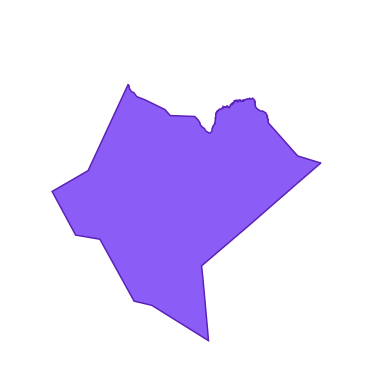 Kapoeta East, Eastern Equatoria, South Sudan, rotated 319°
{"feature_id": "79223893B62671962917549", "entity_name": "Kapoeta East", "entity_type": "district", "adm_level": 2, "iso_a3": "SSD", "parent_name": "South Sudan", "parent_adm1": "Eastern Equatoria", "projection": "equal_earth", "projection_center": [35.583, 5.094], "detail": "fine", "context": "isolated", "style": "filled", "palette": "violet", "viewbox_px": 384, "rotation_deg": 319, "n_neighbors": 0, "source": "geoboundaries", "source_scale": "gbopen_adm2", "svg_char_len": 5519}
<svg xmlns="http://www.w3.org/2000/svg" viewBox="0 0 384 384"><g transform="rotate(319 192 192)"><path d="M87.3,251.1L106.9,315.0L112.2,307.8L143.9,263.9L150.8,254.0L213.8,254.6L249.4,254.5L275.7,254.5L308.0,254.6L308.1,254.1L307.7,253.9L295.4,234.1L295.0,193.4L294.9,190.0L295.0,189.9L295.3,189.6L295.4,189.4L295.5,189.2L295.4,189.2L295.5,189.0L295.7,188.9L295.9,188.7L296.0,188.3L296.1,188.1L296.5,188.1L296.7,187.9L296.9,187.7L296.9,187.3L296.9,187.0L297.2,186.9L297.2,186.6L297.3,186.4L297.4,186.2L297.4,185.9L297.5,185.9L297.5,185.6L297.6,185.2L297.8,185.1L297.9,184.9L298.0,184.8L298.0,184.6L298.0,184.4L298.3,184.3L298.4,184.5L298.6,184.5L298.7,184.3L298.8,183.9L298.8,183.5L299.0,183.1L299.0,182.6L299.0,182.2L299.4,181.7L299.5,181.4L299.5,181.2L299.3,180.9L299.3,180.6L299.5,180.3L299.4,180.1L299.2,180.0L299.1,179.7L299.1,179.3L299.0,178.9L298.9,178.4L298.6,177.9L298.5,177.3L298.2,176.9L297.7,176.7L297.2,176.4L296.9,176.0L296.7,175.3L296.4,174.2L296.3,173.5L296.1,173.3L295.9,173.0L295.8,172.7L295.8,172.3L295.7,172.0L295.7,171.6L295.7,171.2L295.7,170.9L295.8,170.5L295.9,170.1L295.9,169.9L295.9,169.6L295.9,169.1L296.1,168.9L296.3,168.7L296.5,168.5L296.6,168.0L296.9,167.8L297.0,167.6L297.2,167.3L297.1,167.2L297.3,167.0L297.6,166.9L297.8,166.8L297.8,166.5L297.9,166.2L298.1,166.1L298.1,165.9L298.4,165.7L298.4,165.4L298.9,165.4L299.0,165.1L298.9,164.8L298.9,164.5L299.2,164.3L299.2,164.1L299.3,163.9L299.5,163.8L299.4,163.3L299.4,163.0L299.5,162.8L299.3,162.3L299.3,161.8L299.3,161.4L299.3,161.2L299.0,161.3L298.9,161.1L298.7,161.0L298.5,160.8L298.3,160.7L298.1,160.7L297.9,160.7L297.6,160.6L297.3,160.3L297.2,160.1L297.1,159.9L297.1,159.4L297.1,159.1L296.8,159.0L296.4,158.9L296.2,158.9L295.8,159.0L295.4,159.0L295.1,158.6L295.0,158.3L294.8,158.0L294.5,158.0L294.5,157.8L294.3,157.7L293.9,157.6L293.6,157.5L292.6,157.5L292.5,157.2L292.2,157.2L291.8,156.7L291.5,156.4L291.3,156.3L291.0,156.4L290.7,156.3L290.7,156.1L290.4,156.0L290.3,156.3L290.3,156.6L290.5,156.8L290.6,157.0L290.4,157.2L290.2,156.9L289.9,156.9L289.6,156.6L289.1,156.3L289.1,156.0L288.8,155.7L288.6,155.6L288.6,155.4L288.8,155.3L288.7,155.1L288.4,155.1L288.4,154.9L288.5,154.6L288.8,154.5L288.8,154.2L288.5,154.2L288.3,153.9L288.2,153.7L288.0,153.9L288.0,154.1L287.8,154.1L287.8,153.7L287.6,153.6L287.3,153.6L287.2,153.4L287.0,153.2L286.7,153.2L286.6,153.6L286.2,153.9L286.1,153.7L286.2,153.4L286.2,153.2L285.7,154.0L285.5,153.9L285.8,153.2L285.7,152.9L285.6,152.7L285.7,152.4L285.7,152.2L285.3,152.1L285.2,152.3L284.9,152.2L285.0,151.9L285.0,151.7L284.8,151.7L284.4,151.9L284.3,151.6L284.4,151.4L284.4,151.1L284.2,151.0L284.1,151.3L284.1,151.6L283.8,151.8L283.6,151.8L283.4,151.6L283.3,151.3L283.2,151.4L283.0,151.6L282.6,151.6L282.4,151.7L282.3,152.0L282.0,151.8L281.8,151.7L281.8,151.9L281.8,152.2L281.6,152.2L281.4,152.0L281.4,151.7L281.2,151.8L280.9,152.0L280.8,152.3L280.5,152.3L280.3,152.1L279.8,152.0L279.7,152.3L279.4,152.3L279.2,152.1L278.9,151.8L278.7,151.6L279.0,151.4L278.9,151.4L278.3,151.4L278.1,151.7L277.8,151.8L277.5,151.8L277.2,152.3L277.0,152.2L276.8,152.2L276.5,152.6L276.3,152.7L276.0,152.8L275.9,152.7L275.7,152.8L275.1,152.4L275.2,152.1L275.3,151.8L275.2,151.6L275.2,151.3L275.0,151.0L275.1,150.8L275.0,150.6L275.1,150.4L275.1,150.1L274.8,149.9L274.4,149.9L274.2,150.0L274.1,149.9L273.8,150.0L273.9,150.3L273.8,150.5L273.6,150.5L273.5,150.4L273.4,150.4L273.2,150.5L273.0,150.3L272.9,149.9L272.7,149.7L272.3,149.5L272.3,149.1L272.5,149.1L272.3,148.8L272.0,148.7L271.8,148.5L271.8,148.2L271.7,148.0L271.5,148.4L271.3,148.5L271.1,148.6L270.8,148.6L270.7,148.8L270.6,148.7L270.6,148.3L270.3,148.3L270.4,148.6L270.2,148.6L269.9,148.7L270.0,148.9L269.8,148.9L269.6,148.7L269.4,148.7L269.1,148.6L269.0,148.8L268.8,148.8L268.7,148.6L268.2,148.4L267.8,148.2L267.7,147.9L267.5,147.7L267.3,147.5L267.0,147.5L266.9,147.6L266.6,147.7L266.3,147.5L266.2,147.6L265.8,147.6L265.6,147.8L265.4,148.1L265.2,148.1L264.9,147.9L264.8,147.5L264.5,147.4L264.3,147.4L264.2,147.4L263.9,147.4L263.7,147.4L263.7,147.7L263.4,147.9L263.2,148.2L262.7,148.1L262.2,148.0L261.9,148.1L261.8,148.4L261.6,148.4L261.4,148.5L261.2,148.8L261.0,149.1L260.7,149.1L260.3,149.6L260.0,149.9L259.8,150.2L259.5,150.6L259.2,150.7L259.1,151.0L258.7,151.1L258.7,151.4L258.5,151.7L258.2,151.8L258.1,151.5L257.9,151.5L257.7,151.9L257.5,152.2L257.3,152.7L257.1,152.8L256.7,153.0L256.4,153.3L256.2,153.6L255.7,154.0L255.3,154.3L255.1,154.5L254.6,154.5L254.4,154.7L254.4,154.9L254.2,155.1L254.3,155.4L254.0,155.3L253.9,155.4L253.7,155.4L253.4,155.7L253.2,155.7L252.6,155.7L252.1,155.7L251.9,156.0L251.6,156.0L250.8,156.1L250.7,156.4L250.3,156.7L250.0,156.8L249.6,156.8L249.4,157.1L248.5,157.5L247.7,158.3L247.3,158.8L246.8,159.1L246.0,159.3L244.4,159.3L244.0,159.2L243.8,158.9L243.3,157.7L243.2,156.9L242.9,156.5L242.6,155.6L242.5,154.9L242.5,154.3L242.8,153.2L243.0,152.5L243.0,151.7L242.7,151.1L242.5,150.5L242.4,148.8L242.4,147.7L242.4,146.9L242.5,146.5L242.7,146.1L243.2,145.3L243.5,144.5L243.5,143.4L243.7,143.0L243.9,142.4L243.9,142.0L243.9,141.6L243.7,141.2L243.7,140.8L243.9,140.1L243.9,139.6L243.8,139.0L243.6,138.6L243.5,138.2L243.5,137.6L243.7,136.9L225.7,120.0L225.7,119.7L225.7,113.9L225.7,112.1L217.0,91.6L212.9,83.8L213.0,82.0L213.1,80.7L213.3,78.9L213.1,78.4L212.7,78.0L212.4,77.2L212.3,76.0L212.4,74.5L212.6,73.4L212.9,72.8L212.9,72.0L213.2,71.7L213.4,71.3L213.8,71.3L214.1,71.0L214.1,70.3L214.2,69.8L214.3,69.1L214.2,69.0L127.6,107.7L86.8,99.8L75.9,148.2L91.5,167.2L76.7,236.4L87.3,251.1Z" fill="#8b5cf6" stroke="#5b21b6" stroke-width="1.5"/></g></svg>